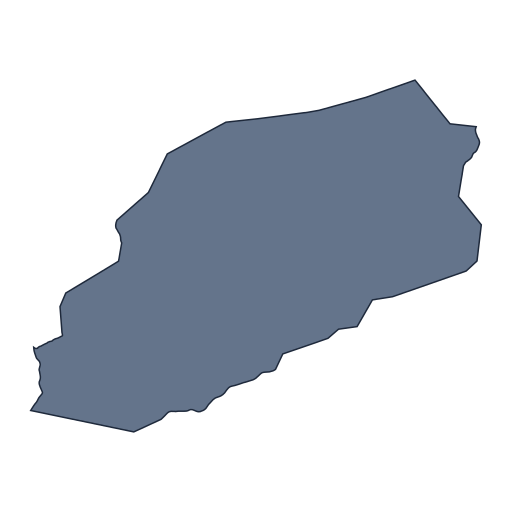 outline of Cecen-Uul, Dzavhan, Mongolia
{"feature_id": "93677404B97327496831925", "entity_name": "Cecen-Uul", "entity_type": "district", "adm_level": 2, "iso_a3": "MNG", "parent_name": "Mongolia", "parent_adm1": "Dzavhan", "projection": "albers", "projection_center": [95.751, 48.577], "detail": "fine", "context": "isolated", "style": "filled", "palette": "slate", "viewbox_px": 512, "rotation_deg": 0, "n_neighbors": 0, "source": "geoboundaries", "source_scale": "gbopen_adm2", "svg_char_len": 4091}
<svg xmlns="http://www.w3.org/2000/svg" viewBox="0 0 512 512"><path d="M466.2,271.0L477.0,261.0L481.3,224.8L458.5,196.5L461.2,179.8L462.2,174.1L462.2,173.8L463.5,165.7L465.0,163.3L465.4,162.5L466.2,161.8L466.3,161.7L467.2,161.2L467.9,160.7L468.2,160.3L468.5,160.1L469.5,159.5L470.5,158.5L471.1,157.9L471.7,157.1L472.3,155.5L472.8,154.4L473.0,153.9L473.4,153.4L474.0,152.8L475.2,152.1L476.0,151.3L476.9,150.0L478.0,147.4L479.0,144.8L479.3,143.9L479.3,143.7L479.5,142.6L479.4,141.5L479.1,140.4L478.6,139.0L477.8,137.7L477.4,136.8L476.4,134.2L476.0,133.3L475.6,131.7L475.5,130.7L475.4,129.8L475.5,128.9L476.2,126.7L450.0,123.8L446.0,118.8L445.5,118.2L444.5,117.0L444.1,116.5L443.3,115.5L442.8,114.9L438.6,109.6L438.1,109.0L436.1,106.4L435.4,105.7L435.0,105.1L434.0,103.9L424.4,91.9L423.7,90.9L415.0,80.1L390.0,88.9L389.0,89.2L365.8,97.4L319.1,110.3L307.2,112.4L305.0,112.7L304.3,112.7L301.2,113.1L300.5,113.2L290.4,114.5L280.7,115.8L280.2,115.9L257.4,118.8L233.0,121.4L232.9,121.4L225.9,122.2L221.3,124.7L221.2,124.7L218.6,126.1L212.7,129.3L208.3,131.7L208.2,131.7L183.4,145.2L179.1,147.5L173.1,150.8L167.3,153.9L161.9,164.9L159.8,169.2L159.7,169.5L155.1,178.9L148.4,192.5L139.8,200.1L139.4,200.4L117.0,220.1L116.1,222.6L115.9,223.8L115.7,225.0L115.7,226.0L115.8,227.0L116.1,228.2L116.8,229.2L117.2,229.9L117.6,230.7L118.7,232.7L119.5,233.7L119.9,234.9L120.3,236.0L120.6,237.6L120.6,238.2L120.7,239.2L120.7,240.1L120.9,240.7L121.1,241.5L121.4,242.2L121.7,242.9L120.3,251.1L120.2,251.6L119.1,258.2L118.5,261.2L114.1,263.9L93.1,276.6L65.8,293.0L60.0,306.6L61.9,331.4L61.9,331.7L61.9,332.1L62.0,332.4L62.5,335.1L62.4,335.6L62.0,336.0L61.8,336.1L61.4,336.3L60.9,336.5L60.4,336.8L59.6,337.2L58.3,337.9L56.9,338.4L56.0,338.6L55.2,338.9L54.7,339.1L54.0,339.5L53.4,339.8L53.0,340.1L52.0,341.0L51.5,341.2L50.5,341.4L49.8,341.5L48.9,341.9L48.0,342.2L47.5,342.6L46.9,343.1L46.4,343.4L45.7,343.6L43.3,344.8L42.2,345.4L41.0,346.1L40.2,346.3L39.6,346.5L39.1,346.8L38.7,347.0L38.3,347.4L38.0,347.7L37.9,347.7L37.5,348.3L37.2,348.4L36.7,348.4L35.9,348.5L35.3,348.3L34.9,348.2L34.5,347.9L33.7,347.3L33.8,348.5L33.9,349.1L34.0,350.2L34.2,351.2L34.7,353.0L36.1,357.1L36.6,358.3L37.3,359.1L37.8,359.7L38.7,360.6L39.0,361.0L39.4,361.4L39.7,362.2L40.0,363.2L40.1,363.6L40.2,364.0L40.2,364.8L40.1,365.5L39.9,366.2L39.8,366.6L39.4,368.2L39.2,369.0L39.1,369.8L39.2,370.4L39.5,371.4L40.2,375.3L40.4,377.0L40.3,378.5L40.2,379.1L39.8,380.4L39.4,381.4L39.2,382.0L39.2,382.5L39.2,383.5L39.4,384.6L39.7,385.5L40.2,387.0L42.2,391.6L42.4,392.2L42.4,393.0L42.2,393.5L42.0,393.9L41.6,394.3L41.0,395.1L39.5,396.9L38.7,398.0L37.3,400.8L36.7,401.8L36.3,402.4L35.0,403.9L33.4,406.2L30.7,410.5L133.8,431.9L161.1,419.3L163.5,417.0L164.9,415.6L166.1,414.3L167.2,413.2L168.0,412.5L168.8,412.0L169.5,411.7L170.3,411.5L171.1,411.4L171.7,411.3L172.5,411.4L173.1,411.4L174.0,411.4L174.5,411.4L175.1,411.5L175.8,411.5L177.5,411.3L178.3,411.2L180.2,411.2L182.0,411.2L183.5,411.2L185.8,411.1L186.8,411.0L188.1,410.6L189.3,410.0L190.4,409.6L191.3,409.6L191.8,409.6L192.5,409.7L193.4,410.0L194.9,410.6L196.0,411.1L197.2,411.5L198.2,411.7L199.0,411.7L200.3,411.6L201.1,411.2L203.0,410.5L204.4,409.7L205.8,408.5L206.7,407.2L207.4,406.2L208.1,405.1L208.9,404.1L210.0,403.0L212.9,399.8L214.6,398.5L215.5,397.9L217.4,397.2L219.4,396.5L221.0,395.8L222.0,395.1L222.8,394.6L223.8,393.6L224.6,392.9L225.3,391.9L226.6,390.1L228.1,388.3L228.7,387.7L229.5,387.1L230.2,386.7L231.3,386.3L232.9,385.9L234.3,385.6L235.1,385.4L239.0,384.2L241.9,383.2L243.6,382.6L245.3,382.2L247.0,381.7L248.8,381.1L249.5,380.9L251.7,380.2L252.8,379.9L254.0,379.3L255.4,378.5L256.1,378.0L256.7,377.4L258.5,375.8L259.8,374.5L261.3,373.2L262.2,372.7L263.2,372.4L264.5,372.2L265.8,372.1L267.3,372.0L268.8,371.9L269.7,371.8L270.9,371.4L272.1,371.1L273.3,370.7L274.4,370.1L275.5,369.4L282.8,353.9L285.2,353.1L317.5,342.0L318.0,341.8L328.0,338.3L338.5,329.2L357.1,326.6L364.5,313.7L366.9,309.5L367.0,309.3L367.6,308.3L372.4,299.9L375.6,299.4L376.4,299.2L379.3,298.8L379.9,298.7L392.6,296.7L448.2,277.3L451.1,276.3L466.2,271.0Z" fill="#64748b" stroke="#1e293b" stroke-width="1.5"/></svg>